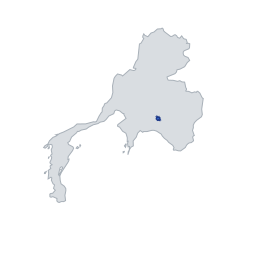 Huai Thalaeng, Nakhon Ratchasima, Thailand (highlighted), rotated 45°
{"feature_id": "78962969B28729751620750", "entity_name": "Huai Thalaeng", "entity_type": "district", "adm_level": 2, "iso_a3": "THA", "parent_name": "Thailand", "parent_adm1": "Nakhon Ratchasima", "projection": "orthographic", "projection_center": [102.635, 15.051], "detail": "fine", "context": "in_parent", "style": "filled", "palette": "blue", "viewbox_px": 256, "rotation_deg": 45, "n_neighbors": 0, "source": "geoboundaries", "source_scale": "gbopen_adm2", "svg_char_len": 4556}
<svg xmlns="http://www.w3.org/2000/svg" viewBox="0 0 256 256"><g transform="rotate(45 128 128)"><path d="M109.5,25.7L109.7,26.7L110.8,25.4L112.1,24.8L114.7,27.7L115.0,29.0L113.1,33.6L113.3,35.2L114.6,36.5L116.0,37.2L117.6,37.0L120.6,35.7L123.8,36.6L123.6,39.7L124.7,44.6L123.1,49.7L121.5,52.1L122.7,54.3L122.8,56.4L119.5,64.2L120.2,64.8L122.2,65.7L123.0,65.4L126.3,62.3L130.0,60.0L131.2,57.9L133.5,57.3L135.6,55.5L140.3,58.6L141.6,58.9L142.2,59.5L142.5,60.8L143.0,61.0L145.0,59.2L148.3,58.0L149.6,55.3L151.1,54.5L150.9,53.2L151.4,52.7L154.1,52.5L158.2,53.9L159.6,54.2L160.3,53.9L166.8,62.6L171.0,65.9L172.0,68.1L171.1,74.0L171.2,77.3L172.2,79.9L174.0,81.6L175.3,84.1L180.2,86.5L179.8,87.2L180.1,88.7L183.2,90.5L183.4,91.1L183.1,93.5L181.8,95.3L181.5,96.8L181.5,98.6L182.3,101.3L181.4,107.0L179.6,108.6L177.3,109.8L176.0,111.4L175.0,111.0L174.5,109.4L171.9,108.6L166.9,109.4L164.4,109.1L161.1,109.6L157.8,109.4L155.9,108.8L150.4,110.0L148.1,111.2L146.5,112.8L144.0,117.0L141.5,119.5L141.5,120.6L138.4,121.2L138.5,124.8L140.3,128.6L140.8,133.5L144.4,136.9L143.7,139.3L144.1,141.6L146.8,147.0L144.9,144.5L144.5,142.7L142.1,140.0L141.4,141.3L138.7,139.3L137.5,137.3L137.1,138.2L134.4,135.4L131.7,133.9L130.2,133.2L126.4,134.1L121.5,133.3L119.6,134.1L118.8,133.6L118.4,132.7L119.8,122.6L115.6,121.4L114.9,120.7L114.0,121.4L109.9,121.8L106.9,123.6L106.5,125.2L107.8,128.0L106.0,133.0L106.5,137.7L106.3,140.3L104.2,143.5L103.6,146.2L101.2,150.2L99.6,155.2L99.2,158.2L96.4,162.6L95.7,165.2L94.7,166.1L95.0,168.1L94.5,174.3L96.2,178.8L95.7,180.9L97.7,181.7L102.3,180.3L103.8,180.7L104.8,183.2L105.9,190.5L107.8,192.8L108.3,191.7L109.2,192.9L109.9,195.1L112.3,206.6L113.5,209.6L112.0,208.9L111.2,205.2L109.9,205.1L110.4,202.8L109.5,202.0L108.2,202.6L108.2,204.4L111.8,210.2L114.1,210.4L117.0,212.9L120.1,214.8L124.1,214.2L126.8,214.8L128.4,216.3L131.0,220.2L135.2,223.5L134.6,225.5L132.9,227.1L132.0,229.3L130.9,229.9L129.3,229.9L127.6,228.1L123.4,229.7L122.5,231.4L121.4,231.8L119.5,230.0L119.7,228.9L120.9,227.4L120.6,223.4L118.1,223.4L116.4,220.4L115.9,220.1L114.6,220.5L110.7,219.1L109.5,217.2L108.3,217.3L107.5,220.5L104.0,216.2L101.6,214.4L102.0,211.2L100.4,210.5L99.7,209.6L100.3,207.7L98.0,208.0L97.0,207.4L95.7,203.9L94.6,202.5L93.1,202.5L92.6,201.9L92.7,200.1L89.1,197.7L88.0,194.9L86.2,193.7L85.1,194.0L84.0,195.9L83.2,195.8L82.4,195.2L81.5,192.5L81.6,187.6L82.8,184.8L83.5,180.4L85.2,176.6L88.9,165.6L89.1,161.2L95.1,155.1L99.2,148.0L100.5,147.0L101.1,145.7L99.1,139.9L98.2,135.9L98.3,134.9L95.8,132.1L95.2,129.0L94.6,128.0L94.4,127.0L95.3,125.2L94.9,118.3L92.2,113.6L87.3,109.2L83.0,102.7L82.5,100.4L82.4,97.2L86.0,95.1L87.4,95.0L88.0,85.4L91.1,83.6L91.8,82.8L92.1,81.2L91.4,80.3L89.4,81.8L89.0,81.4L86.7,75.7L86.2,72.3L76.7,60.5L77.2,58.6L75.9,53.6L74.5,53.5L73.5,52.6L72.6,50.3L74.4,50.6L77.5,49.4L77.1,44.6L78.5,41.8L78.8,37.2L81.2,34.5L81.5,33.2L82.8,33.1L84.5,34.1L86.2,34.1L93.5,33.1L94.4,31.9L94.9,29.4L95.6,28.6L97.3,28.4L99.1,28.9L101.1,27.9L100.8,24.9L104.2,25.5L106.5,24.2L109.5,25.7ZM84.2,197.2L83.7,200.8L82.2,201.5L81.8,199.4L82.6,196.1L83.0,196.9L84.2,197.2ZM107.1,176.6L106.9,178.3L105.6,178.9L105.3,176.9L107.1,176.6ZM138.4,140.9L139.9,143.4L138.1,143.2L137.8,140.7L138.4,140.9ZM101.1,219.3L100.4,218.3L101.0,216.6L101.7,218.7L101.1,219.3ZM86.5,197.7L86.2,199.6L85.5,196.9L86.5,197.7ZM107.2,175.0L106.5,174.8L105.9,173.7L106.8,173.7L107.2,175.0ZM92.6,203.7L93.4,206.0L92.5,204.9L92.6,203.7ZM142.3,147.4L142.1,148.9L141.3,148.3L141.8,147.2L142.3,147.4ZM82.7,183.3L81.8,183.8L82.5,182.5L82.7,183.3Z" fill="#d9dde1" stroke="#a8b0b8" stroke-width="1"/><path d="M141.5,101.4L141.7,101.2L141.8,101.3L142.2,101.5L142.4,101.6L142.5,101.6L143.0,101.6L143.3,101.6L143.5,101.6L143.7,101.3L143.7,101.2L143.7,100.9L143.8,100.9L144.0,100.8L144.0,100.7L144.7,100.5L144.7,100.4L144.8,100.2L145.0,100.1L144.9,100.0L144.9,99.9L144.7,99.8L144.8,99.8L144.7,99.8L144.7,99.7L144.8,99.7L144.7,99.7L144.4,99.6L144.5,99.5L144.4,99.5L144.3,99.4L144.3,99.5L144.3,99.4L144.2,99.4L144.0,99.2L143.9,99.2L144.0,99.2L143.9,99.2L143.8,98.9L143.7,98.9L143.6,98.7L143.4,98.5L143.4,98.4L143.2,98.3L142.9,98.4L143.0,98.4L142.9,98.4L142.9,98.5L142.7,98.6L142.4,98.6L142.2,98.5L142.0,98.4L142.0,98.5L141.9,98.9L141.9,99.1L141.9,99.3L141.7,99.4L141.3,99.3L141.2,99.3L140.9,99.3L140.7,99.3L140.8,99.4L140.7,99.5L140.8,99.7L140.7,99.8L140.8,99.8L140.9,100.0L141.0,100.0L140.9,100.0L141.0,100.0L140.9,100.0L141.0,100.0L141.0,100.3L141.0,100.5L141.1,100.8L141.2,101.0L141.3,101.1L141.4,101.3L141.5,101.4L141.5,101.4Z" fill="#3b82f6" stroke="#1e3a8a" stroke-width="1.5"/></g></svg>